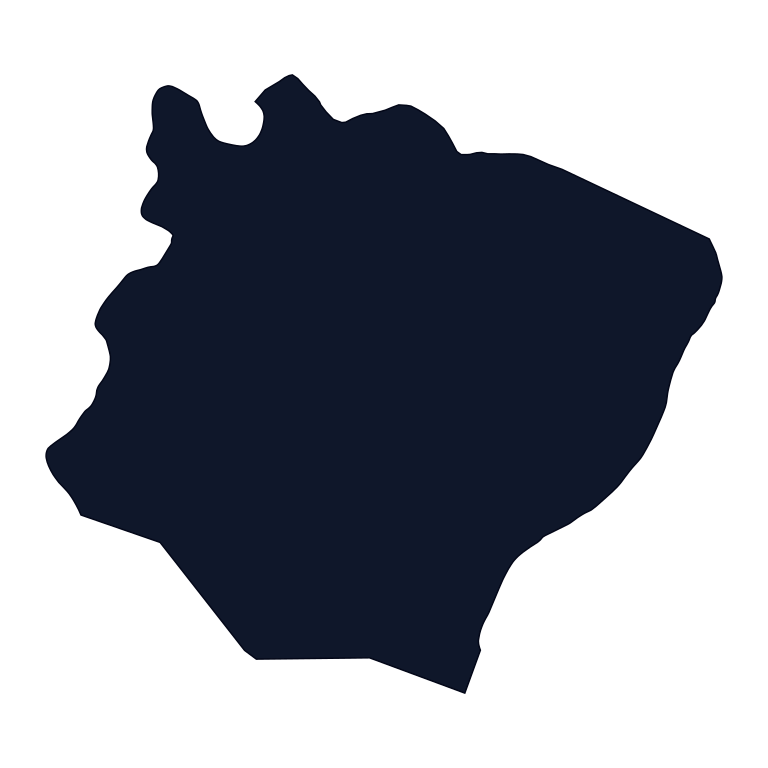 outline of Lauterique, La Paz, Honduras
{"feature_id": "27666195B69493881597747", "entity_name": "Lauterique", "entity_type": "district", "adm_level": 2, "iso_a3": "HND", "parent_name": "Honduras", "parent_adm1": "La Paz", "projection": "robinson", "projection_center": [-87.665, 13.861], "detail": "fine", "context": "isolated", "style": "filled", "palette": "ink", "viewbox_px": 768, "rotation_deg": 0, "n_neighbors": 0, "source": "geoboundaries", "source_scale": "gbopen_adm2", "svg_char_len": 6024}
<svg xmlns="http://www.w3.org/2000/svg" viewBox="0 0 768 768"><path d="M709.3,239.0L561.9,169.3L548.6,164.6L530.8,156.6L523.1,154.5L517.1,154.0L509.0,153.9L501.1,154.1L494.3,153.8L487.7,153.8L481.9,152.4L476.5,152.8L470.2,154.4L467.5,154.6L461.1,154.6L456.8,151.5L452.5,143.2L448.5,136.0L443.8,128.5L435.1,120.9L425.2,114.1L418.2,109.9L410.9,106.1L406.6,105.4L398.7,104.9L392.5,107.2L385.2,110.2L372.5,113.6L366.7,113.8L360.7,115.3L352.8,118.5L345.7,122.2L341.8,122.6L333.3,119.4L326.1,111.9L320.7,104.9L319.5,101.9L314.9,96.1L308.7,90.5L302.7,84.2L297.8,78.6L292.4,74.9L289.1,75.6L284.7,77.7L279.3,81.6L265.2,90.0L255.2,101.6L257.2,103.4L259.1,105.3L260.0,106.3L260.9,107.5L261.9,109.0L262.8,110.5L263.3,111.9L263.7,113.2L264.0,114.9L264.2,116.6L264.1,118.6L264.0,120.1L263.7,122.1L263.3,124.2L262.7,126.9L262.0,129.2L261.2,131.2L260.5,132.9L259.4,135.0L258.3,136.6L257.0,138.4L255.5,140.1L254.0,141.4L252.8,142.4L251.4,143.3L249.6,144.3L247.5,145.2L246.3,145.6L244.7,145.9L243.6,146.1L241.9,146.2L240.0,146.1L236.5,145.7L232.1,144.9L227.0,143.8L223.4,142.9L220.9,142.1L219.1,141.4L217.9,140.7L217.0,140.1L216.1,139.5L215.3,138.7L214.1,137.6L213.2,136.6L212.1,135.1L210.5,133.0L209.2,130.9L208.2,129.3L207.3,127.6L206.7,126.3L205.6,123.7L202.6,116.1L201.7,113.6L200.5,109.9L199.3,105.5L198.9,104.3L198.4,103.2L197.8,102.1L197.4,101.5L196.7,100.6L195.5,99.7L193.3,98.2L188.4,95.4L179.5,90.0L177.2,88.8L173.3,87.0L172.1,86.5L171.1,86.3L169.8,86.0L168.8,85.9L167.7,85.9L166.6,86.1L164.4,86.7L163.1,87.2L161.6,87.8L159.9,88.7L159.2,89.3L158.5,89.9L157.7,90.9L156.8,92.2L155.2,95.1L154.1,97.4L153.6,98.8L153.2,99.9L152.7,101.9L152.4,104.4L152.3,106.1L152.2,110.1L152.2,113.2L152.3,114.9L153.2,123.0L153.4,125.5L153.5,128.0L153.4,129.2L153.2,130.5L152.8,131.6L151.3,134.5L150.6,136.1L149.5,138.6L148.5,141.2L147.5,144.3L147.0,145.9L146.7,147.0L146.6,148.2L146.5,149.0L146.6,150.2L146.8,151.9L147.0,152.6L147.4,153.6L147.7,154.3L148.3,155.4L149.7,157.6L151.4,159.9L152.7,161.3L154.9,163.2L156.1,164.7L156.8,165.7L157.5,167.1L157.8,168.4L158.2,170.0L158.4,171.6L158.6,173.2L158.6,174.9L158.6,176.4L158.4,177.9L158.2,179.4L158.0,180.3L157.7,181.2L157.3,182.0L156.8,182.7L156.2,183.6L155.2,184.8L152.9,187.2L151.5,188.9L149.5,191.7L147.1,195.4L145.4,198.3L144.4,200.2L143.7,201.8L142.8,204.0L142.1,206.2L141.6,207.7L141.4,209.0L141.3,210.3L141.3,211.6L141.4,212.9L141.6,213.8L142.0,214.9L142.4,215.8L142.9,216.5L143.6,217.3L144.9,218.5L146.1,219.5L147.2,220.2L150.6,221.9L153.0,223.0L159.6,225.7L161.8,226.6L162.7,227.1L165.9,229.0L168.4,230.5L170.0,231.8L171.4,233.2L172.1,233.9L172.7,234.7L172.9,235.1L173.0,235.8L172.8,236.5L172.2,237.7L172.0,238.3L171.8,239.1L171.6,240.4L171.6,242.3L171.4,243.3L171.0,244.2L170.2,245.6L162.4,258.4L161.0,260.5L159.9,262.1L158.8,263.6L157.9,264.5L157.3,265.0L156.5,265.5L155.6,265.9L154.7,266.2L153.5,266.5L150.7,266.8L148.0,267.3L145.3,268.1L140.8,269.6L136.4,270.7L134.7,271.2L132.8,271.9L130.9,272.7L129.1,273.7L128.0,274.4L127.3,275.0L126.5,275.7L125.0,277.4L119.8,283.9L116.5,287.8L112.1,292.7L108.7,296.7L106.2,299.9L104.1,302.9L101.6,306.7L100.8,308.0L99.9,309.7L98.8,312.2L97.5,315.2L96.4,318.3L95.8,320.3L95.3,322.8L95.2,323.8L95.3,324.8L95.5,325.7L96.0,327.2L96.5,328.1L97.4,329.5L98.6,331.0L99.9,332.5L102.4,335.0L104.2,337.3L105.8,339.4L106.2,340.1L106.6,341.1L108.0,346.1L109.3,351.0L110.1,354.6L110.4,356.4L110.4,357.7L110.4,360.0L110.0,363.2L109.8,364.6L109.4,366.5L109.0,368.2L108.7,369.3L108.1,370.6L107.3,372.4L104.8,376.8L103.5,378.9L102.4,380.7L100.0,383.9L99.1,385.2L98.3,386.5L97.8,387.6L97.2,389.2L96.8,390.4L96.3,394.4L96.0,395.7L95.5,397.4L94.9,398.9L93.9,401.1L92.5,403.7L91.7,405.0L90.7,406.3L89.5,407.5L88.3,408.6L86.2,410.2L85.1,411.2L84.3,412.2L81.7,415.7L79.8,418.5L78.2,421.1L76.7,423.9L75.7,425.5L74.2,427.6L72.4,429.6L69.6,432.1L66.7,434.5L62.7,437.3L57.8,440.7L55.5,442.3L50.9,445.8L49.6,447.0L48.2,448.3L47.6,449.3L47.0,450.6L46.5,452.2L46.2,453.8L46.1,455.1L46.1,456.8L46.3,458.2L46.8,460.3L47.2,462.0L47.8,463.6L48.4,465.3L49.2,467.1L51.0,470.8L52.1,472.7L53.1,474.5L55.3,477.7L57.3,480.4L58.9,482.5L59.8,483.4L63.6,487.4L67.2,491.3L69.0,493.5L70.7,495.9L71.8,497.5L73.3,499.9L76.1,504.8L78.7,509.8L81.0,515.0L160.1,542.4L244.6,650.4L256.3,659.1L369.5,657.8L464.8,693.1L480.4,650.2L479.5,647.7L478.8,645.0L478.6,643.9L478.5,642.7L478.4,641.8L478.4,640.6L478.6,639.1L479.4,634.7L479.6,633.7L480.5,630.4L481.8,626.7L483.0,623.7L484.2,621.2L485.5,618.7L487.4,615.4L489.0,612.2L499.0,588.3L502.5,580.3L503.5,578.2L505.6,574.1L508.4,568.9L510.7,565.2L512.7,562.2L514.2,560.3L516.2,558.1L518.0,556.3L519.6,554.9L522.6,552.4L526.5,549.6L530.0,547.1L535.6,543.5L537.2,542.5L538.1,541.8L539.3,540.8L540.4,539.8L542.3,537.5L543.2,536.7L543.9,536.3L545.0,535.6L546.6,534.8L555.4,530.5L568.6,523.9L570.1,523.0L571.5,522.0L576.8,518.1L578.1,517.2L581.7,514.9L584.4,513.3L586.2,512.4L589.4,510.9L591.0,510.1L592.5,509.0L596.2,506.1L603.1,500.0L612.2,491.8L614.8,489.2L616.7,487.4L618.6,485.3L620.4,483.2L621.5,481.8L625.0,477.0L629.5,471.1L632.3,467.7L633.8,466.0L638.3,461.0L640.4,458.5L641.5,456.9L643.0,454.6L644.2,452.5L646.9,447.7L651.3,439.3L654.0,433.5L661.3,417.0L663.7,411.1L665.1,407.4L665.7,405.2L666.4,402.4L666.7,400.1L667.2,396.3L667.6,393.2L668.2,390.0L668.9,387.0L669.6,384.2L670.8,379.6L672.3,374.6L672.9,372.6L673.8,370.5L675.1,367.9L677.7,363.7L679.4,360.5L680.8,357.4L683.7,350.5L685.0,347.8L686.7,344.9L688.3,341.9L689.2,339.9L690.2,337.3L690.9,336.1L691.3,335.6L691.8,334.9L692.3,334.5L693.2,333.9L694.5,332.8L695.5,331.8L697.4,329.9L700.1,326.8L701.4,325.3L702.6,323.5L704.3,321.0L705.2,319.3L707.8,313.7L709.5,310.2L710.3,308.7L711.1,307.4L712.0,306.0L713.0,304.8L714.1,303.4L714.5,302.8L714.8,302.1L715.0,301.4L715.1,301.0L715.2,299.6L715.6,298.3L715.9,297.5L717.2,295.4L718.0,293.7L718.8,291.7L719.7,288.7L721.1,283.7L721.5,281.8L721.8,279.5L721.9,277.9L721.9,276.7L721.7,275.4L721.4,273.6L720.8,271.1L717.6,259.7L716.4,254.8L715.9,253.4L715.8,252.9L712.9,246.6L710.0,240.6L709.3,239.0Z" fill="#0f172a" stroke="#020617" stroke-width="1.5"/></svg>